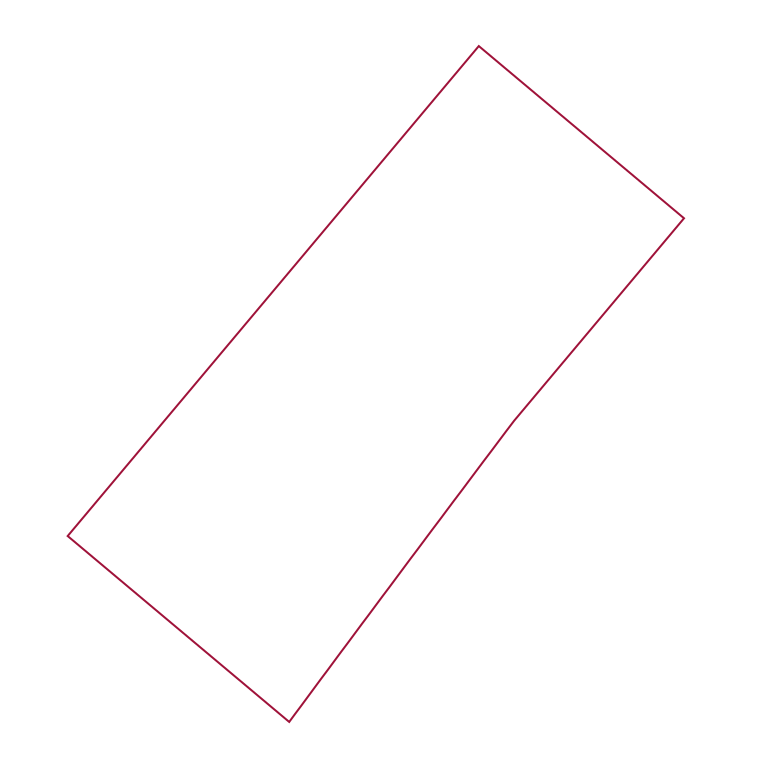 SVG path tracing the border of Saskatchewan, rotated 40°
{"feature_id": "CAN-631", "entity_name": "Saskatchewan", "entity_type": "Province", "adm_level": 1, "iso_a3": "CAN", "parent_name": "Canada", "parent_adm1": "", "projection": "mercator", "projection_center": [-105.491, 54.496], "detail": "fine", "context": "isolated", "style": "outline", "palette": "rose", "viewbox_px": 768, "rotation_deg": 40, "n_neighbors": 0, "source": "natural_earth", "source_scale": "10m", "svg_char_len": 1763}
<svg xmlns="http://www.w3.org/2000/svg" viewBox="0 0 768 768"><g transform="rotate(40 384 384)"><path d="M438.7,703.8L434.0,703.8L426.6,703.8L419.3,703.8L411.9,703.8L404.9,703.8L397.2,703.8L389.8,703.8L382.5,703.8L375.1,703.8L367.7,703.8L360.4,703.8L353.0,703.8L345.7,703.8L338.3,703.8L330.9,703.8L323.6,703.8L316.2,703.8L308.9,703.8L301.5,703.8L294.1,703.8L286.8,703.8L279.4,703.8L272.1,703.8L264.7,703.8L257.3,703.8L250.0,703.8L242.6,703.8L239.4,703.8L239.4,703.4L239.4,685.8L239.4,668.1L239.4,650.2L239.4,632.2L239.4,614.1L239.4,595.9L239.4,577.5L239.4,559.0L239.4,540.3L239.4,521.5L239.4,502.5L239.4,483.4L239.4,464.2L239.4,444.7L239.4,425.2L239.4,405.4L239.4,385.5L239.4,365.4L239.4,345.2L239.4,324.8L239.4,304.2L239.4,283.4L239.4,262.4L239.4,241.2L239.4,219.8L239.4,198.2L239.4,176.4L239.4,154.4L239.4,132.2L239.4,109.8L239.4,87.1L239.4,64.2L256.1,64.2L272.9,64.2L289.6,64.2L306.4,64.2L323.1,64.2L339.8,64.2L356.6,64.2L373.3,64.2L390.1,64.2L406.8,64.2L423.6,64.2L440.3,64.2L457.0,64.2L473.8,64.2L490.5,64.2L507.3,64.2L507.3,71.8L507.3,79.4L507.3,86.9L507.3,94.4L507.3,131.6L507.3,168.2L507.3,204.2L507.3,239.7L507.3,262.1L507.3,284.4L507.3,306.4L507.3,328.3L507.9,341.0L508.6,353.7L509.3,366.3L509.9,378.8L510.6,391.3L511.3,403.7L512.0,416.0L512.6,428.3L513.3,440.5L514.0,452.6L514.6,464.7L515.3,476.7L516.0,488.7L516.6,500.6L517.3,512.4L518.0,524.2L518.7,535.9L519.3,547.6L520.0,559.2L520.7,570.8L521.3,582.3L522.0,593.7L522.7,605.1L523.3,616.5L524.0,627.8L524.7,639.0L525.3,650.2L526.0,661.4L526.7,672.5L527.4,683.5L528.0,694.5L528.6,703.8L522.3,703.8L515.0,703.8L507.6,703.8L500.2,703.8L492.9,703.8L485.5,703.8L478.2,703.8L470.8,703.8L463.4,703.8L456.1,703.8L448.7,703.8L441.4,703.8L438.7,703.8Z" fill="none" stroke="#9f1239" stroke-width="2"/></g></svg>